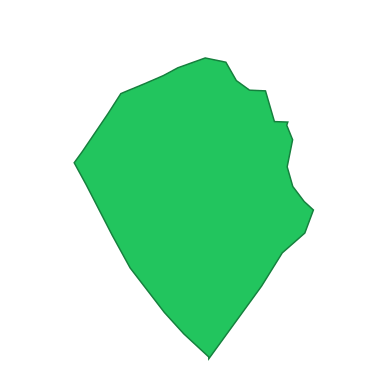 outline of Stenungsund, Västra Götaland, Sweden, rotated 306°
{"feature_id": "70781695B70291115197472", "entity_name": "Stenungsund", "entity_type": "district", "adm_level": 2, "iso_a3": "SWE", "parent_name": "Sweden", "parent_adm1": "Västra Götaland", "projection": "natural_earth1", "projection_center": [11.976, 58.067], "detail": "fine", "context": "isolated", "style": "filled", "palette": "green", "viewbox_px": 384, "rotation_deg": 306, "n_neighbors": 0, "source": "geoboundaries", "source_scale": "gbopen_adm2", "svg_char_len": 556}
<svg xmlns="http://www.w3.org/2000/svg" viewBox="0 0 384 384"><g transform="rotate(306 192 192)"><path d="M304.9,228.4L297.4,217.3L317.0,192.0L308.2,178.7L308.2,162.4L316.9,143.1L308.2,123.9L284.3,107.6L269.0,100.2L251.6,89.9L238.4,81.8L229.8,76.6L205.9,78.0L160.2,79.5L146.4,79.5L135.7,102.1L110.0,153.1L94.2,186.6L78.3,240.5L72.4,268.8L68.4,302.5L67.0,303.6L114.9,303.6L156.7,303.6L195.8,300.8L225.1,307.4L248.8,300.8L250.2,288.4L255.7,270.3L268.3,254.2L293.4,242.7L301.7,229.4L304.9,228.4Z" fill="#22c55e" stroke="#15803d" stroke-width="1.5"/></g></svg>